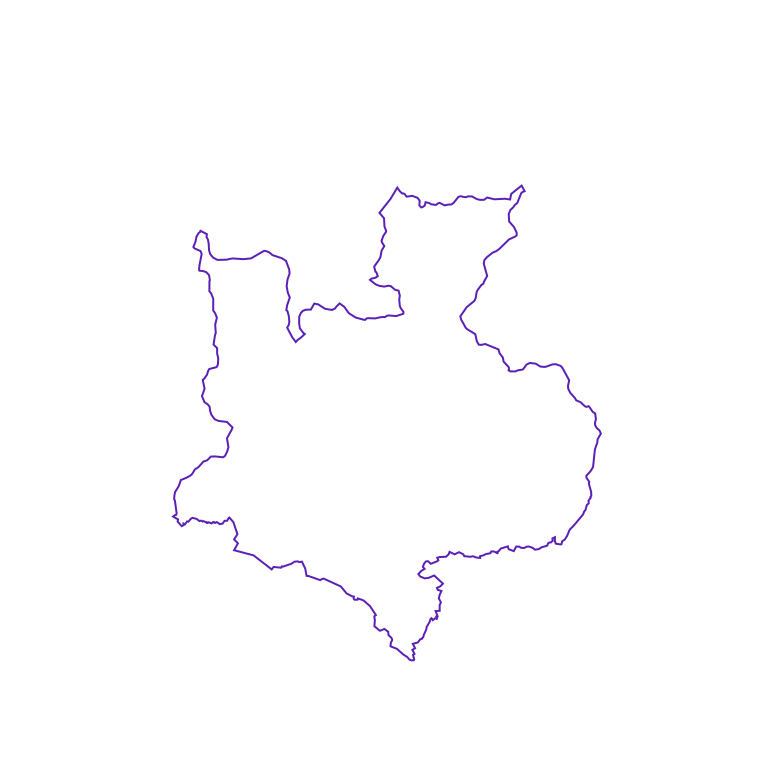 Cosna, Suceava, Romania (orthographic projection), rotated 41°
{"feature_id": "2599482B14560986081360", "entity_name": "Cosna", "entity_type": "district", "adm_level": 2, "iso_a3": "ROU", "parent_name": "Romania", "parent_adm1": "Suceava", "projection": "orthographic", "projection_center": [25.113, 47.426], "detail": "fine", "context": "isolated", "style": "outline", "palette": "violet", "viewbox_px": 768, "rotation_deg": 41, "n_neighbors": 0, "source": "geoboundaries", "source_scale": "gbopen_adm2", "svg_char_len": 6165}
<svg xmlns="http://www.w3.org/2000/svg" viewBox="0 0 768 768"><g transform="rotate(41 384 384)"><path d="M561.0,577.7L567.5,575.4L576.0,575.5L580.6,574.8L584.1,575.3L586.2,574.5L587.7,572.8L587.5,572.0L583.6,569.4L584.1,567.7L579.8,566.0L580.8,563.0L576.2,561.2L579.1,556.9L578.8,552.9L579.8,551.4L579.5,550.5L579.8,549.5L578.6,547.2L577.0,541.7L575.6,539.4L574.5,533.7L573.3,530.8L573.5,529.6L575.8,530.2L576.3,527.1L577.9,526.7L577.0,524.4L576.0,524.8L576.0,523.7L571.9,521.5L574.8,518.6L571.1,514.4L570.2,511.5L566.0,509.8L564.3,506.5L563.1,502.5L559.7,504.1L557.7,503.1L559.2,499.9L559.5,496.0L547.5,495.6L544.8,501.1L542.2,504.0L537.8,505.5L534.6,504.9L534.8,500.5L535.9,496.9L533.3,496.5L532.1,493.2L532.0,490.6L533.3,488.9L537.3,489.0L540.5,482.7L540.7,481.4L538.2,480.2L539.6,478.0L544.2,473.6L544.5,470.0L543.6,467.7L549.0,466.2L551.0,461.7L555.6,460.5L557.5,461.3L562.5,457.8L564.2,455.6L567.5,454.4L570.7,452.2L569.5,450.9L571.4,448.2L572.5,445.5L575.3,441.9L574.8,440.0L576.9,438.2L580.5,437.4L580.6,436.9L579.5,436.6L580.2,434.9L580.1,431.6L584.0,425.3L586.1,426.7L587.0,426.7L591.6,425.0L590.4,420.0L592.6,418.1L594.9,417.7L596.6,416.4L597.6,415.5L598.1,413.6L599.8,411.7L603.4,410.2L606.6,410.0L609.2,407.0L610.1,403.8L613.0,399.3L613.2,398.7L612.4,396.9L612.7,395.2L613.8,394.3L614.2,391.7L612.4,390.0L613.5,387.5L616.1,390.5L618.4,391.8L622.6,389.2L623.0,388.4L621.6,385.8L622.5,383.1L621.9,378.7L619.7,372.1L620.1,366.4L619.8,351.8L618.8,349.1L618.6,346.6L616.5,342.3L616.8,339.8L614.8,337.7L614.7,334.4L613.9,334.0L613.8,332.4L611.2,329.6L604.0,324.8L603.1,323.2L598.1,321.8L596.9,320.4L597.1,314.6L596.3,309.6L586.1,295.0L583.4,288.2L581.5,285.7L580.2,279.1L577.1,277.7L573.5,277.7L570.4,276.6L568.5,274.6L567.1,271.6L562.7,267.7L559.9,268.1L553.7,266.5L552.9,266.6L552.0,268.3L550.4,269.0L544.4,268.8L539.8,270.2L537.2,269.3L530.5,268.5L526.5,266.9L524.3,265.0L521.3,259.7L507.9,254.7L505.3,254.5L500.7,256.3L498.2,258.8L494.7,265.0L493.2,266.4L490.4,268.3L485.2,269.1L480.3,272.4L478.8,275.9L479.3,281.2L479.1,282.2L475.8,286.2L475.0,288.2L470.9,291.7L469.0,291.9L468.8,291.0L467.2,289.5L459.5,288.6L456.4,286.1L450.9,284.9L447.7,282.8L434.2,287.4L431.7,290.7L429.8,292.1L426.3,291.0L420.2,286.5L410.5,288.1L408.6,287.9L399.8,284.7L397.2,282.8L396.0,271.8L397.7,261.8L396.8,258.9L393.9,254.4L393.1,252.3L392.5,245.4L393.2,243.2L392.4,241.4L391.0,234.8L380.3,227.7L378.5,224.7L378.5,220.6L379.8,213.7L381.6,210.0L382.4,206.6L383.5,192.9L386.4,186.3L386.6,184.8L384.8,182.7L378.9,180.2L371.9,179.3L366.6,173.9L365.2,169.7L365.6,166.1L365.3,163.1L365.8,159.9L362.4,150.1L362.5,148.4L363.6,146.2L357.7,144.0L355.3,157.1L358.1,162.0L353.8,164.8L346.1,172.2L339.5,175.6L338.7,179.3L335.6,182.1L332.5,183.6L327.3,184.7L324.1,187.5L323.6,188.8L322.2,190.1L318.5,192.1L317.4,194.0L317.7,201.7L317.0,204.4L314.5,206.7L312.6,209.4L307.2,210.8L306.3,212.1L305.8,214.7L301.9,217.3L299.4,217.8L296.1,219.5L297.7,222.6L297.0,225.3L296.1,226.4L293.5,226.0L290.6,222.2L287.2,221.5L282.0,223.4L278.1,227.8L275.3,227.1L273.6,227.4L272.7,228.3L269.6,228.2L265.2,227.1L267.5,240.0L268.3,257.8L275.3,258.9L281.0,264.8L284.9,266.9L285.7,267.7L286.3,272.6L288.2,277.5L289.5,278.4L293.7,279.7L294.7,284.9L298.0,290.5L298.7,293.3L299.6,301.9L303.9,304.9L305.1,304.7L308.5,306.7L307.9,309.3L305.4,312.8L305.1,314.6L312.2,314.3L315.8,313.1L320.2,310.4L322.9,306.9L324.8,305.7L330.5,305.6L333.8,304.0L338.0,307.0L340.1,310.3L344.6,314.6L346.7,315.7L351.5,316.9L352.5,318.3L348.7,324.7L342.4,329.3L341.2,331.2L340.9,332.7L337.6,335.8L334.2,340.4L328.6,344.9L327.8,346.3L327.7,348.0L326.9,348.6L319.1,352.4L312.7,353.4L310.6,353.6L303.4,351.8L297.6,352.3L297.3,356.8L297.5,359.1L296.2,362.2L290.2,365.9L282.0,367.1L278.6,369.1L280.0,375.8L276.3,379.2L274.8,381.9L274.6,384.8L275.8,388.7L279.9,393.6L283.9,397.1L289.5,398.4L291.4,398.2L290.9,403.4L289.9,407.5L289.9,410.2L283.7,408.8L274.0,405.0L273.3,401.7L271.7,399.1L267.5,395.1L263.3,392.3L261.9,392.4L259.3,388.3L256.2,380.6L251.4,378.1L246.4,374.1L242.6,368.4L240.3,362.6L237.1,359.6L229.3,355.4L224.3,356.1L215.3,359.9L211.4,359.9L208.6,360.7L206.1,362.2L201.2,376.5L196.0,382.0L187.2,388.7L183.4,393.7L176.9,399.6L172.2,400.7L167.6,400.0L164.3,397.9L159.3,392.8L156.3,390.5L153.6,389.5L152.0,387.1L145.0,388.8L145.4,389.8L145.1,391.9L145.7,395.6L148.3,400.2L150.3,405.7L151.9,406.0L158.2,404.1L160.0,404.8L161.2,405.7L167.0,415.7L169.7,419.4L170.5,419.5L173.4,417.4L176.5,416.2L180.5,416.6L184.4,419.8L184.8,420.9L191.3,428.5L194.1,429.0L199.2,431.7L206.8,440.5L210.2,441.4L214.4,443.6L217.6,449.9L223.5,455.8L224.6,458.3L229.5,466.1L234.5,466.4L238.1,470.5L241.9,473.2L245.3,477.5L246.2,479.2L246.5,481.2L242.3,487.3L242.7,489.5L244.3,493.0L244.8,498.1L244.5,499.8L251.7,505.3L254.6,512.6L260.5,515.5L264.1,515.0L267.2,515.5L270.2,518.2L273.7,520.4L279.3,521.7L283.2,520.5L290.4,515.7L298.2,516.2L299.1,518.7L301.1,528.0L308.1,533.8L310.1,538.3L311.2,542.5L310.6,544.9L304.3,549.3L301.0,552.3L300.6,557.6L298.6,561.0L298.5,568.7L297.3,572.4L298.2,577.4L298.0,580.0L296.4,584.4L293.7,589.8L296.0,595.4L297.2,602.6L298.8,605.4L301.1,608.5L302.7,609.2L312.4,617.7L313.0,619.1L312.2,620.2L311.8,622.4L317.4,621.3L318.5,623.2L324.6,624.0L325.3,622.0L324.3,620.9L325.8,620.7L325.6,616.8L326.7,616.2L326.6,612.9L327.2,610.7L331.2,608.7L334.5,608.6L335.9,606.9L337.3,606.8L337.9,605.8L340.2,605.2L340.6,604.6L341.3,605.1L342.1,604.6L342.5,603.3L345.3,602.4L345.5,600.7L346.0,600.6L346.2,599.7L347.7,599.7L348.4,597.9L352.1,597.5L353.8,595.2L353.4,591.9L355.3,590.2L354.7,586.9L354.9,586.2L361.0,587.1L371.9,593.5L372.8,599.6L378.3,600.1L379.9,607.8L398.0,598.9L420.9,597.6L420.7,594.5L426.8,590.2L426.6,588.6L427.5,588.2L432.1,580.3L433.0,576.9L435.1,574.6L437.0,573.9L438.6,571.9L445.7,575.0L451.4,579.6L453.3,578.3L464.5,573.9L465.3,571.6L466.3,570.4L484.3,565.1L493.1,566.6L499.1,565.2L500.7,564.2L502.0,566.0L503.4,566.1L505.6,564.0L505.0,563.0L508.8,561.4L510.8,560.8L519.1,560.8L529.5,563.7L529.1,565.5L529.7,566.3L531.9,568.1L535.7,573.1L542.4,573.0L542.9,572.8L545.0,568.6L549.7,568.2L552.2,570.6L556.1,570.7L557.6,571.4L558.3,572.2L558.8,574.6L561.0,577.7Z" fill="none" stroke="#5b21b6" stroke-width="2"/></g></svg>